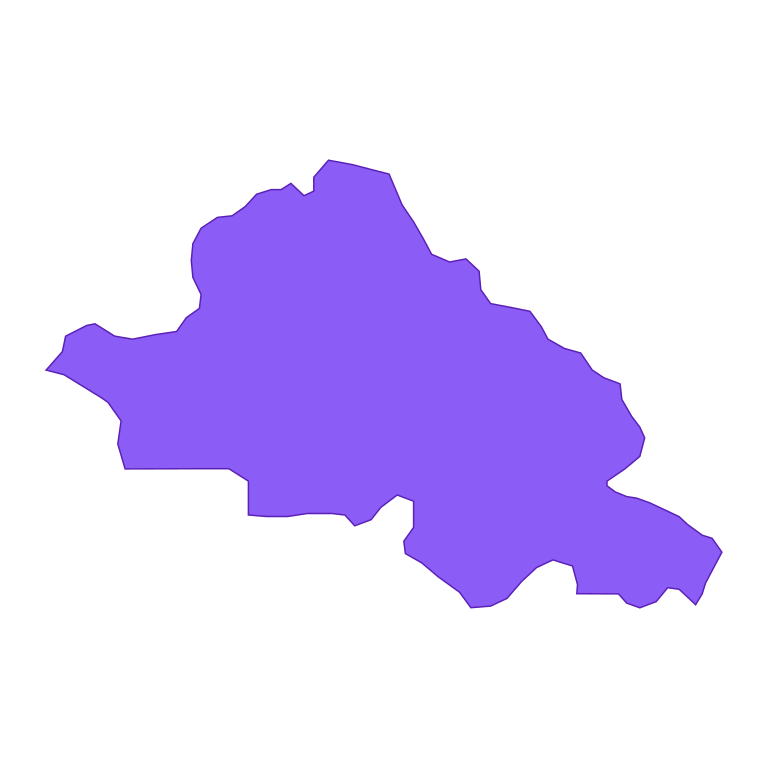 outline of Yecheon-gun, North Gyeongsang, South Korea, rotated 270°
{"feature_id": "91817680B75354784424725", "entity_name": "Yecheon-gun", "entity_type": "district", "adm_level": 2, "iso_a3": "KOR", "parent_name": "South Korea", "parent_adm1": "North Gyeongsang", "projection": "equal_earth", "projection_center": [128.413, 36.651], "detail": "fine", "context": "isolated", "style": "filled", "palette": "violet", "viewbox_px": 768, "rotation_deg": 270, "n_neighbors": 0, "source": "geoboundaries", "source_scale": "gbopen_adm2", "svg_char_len": 1545}
<svg xmlns="http://www.w3.org/2000/svg" viewBox="0 0 768 768"><g transform="rotate(270 384 384)"><path d="M299.1,125.1L299.3,196.2L299.3,207.6L299.3,215.8L299.3,228.8L286.9,248.4L271.5,248.4L253.0,248.4L251.5,266.4L251.5,287.7L254.5,307.3L254.5,331.8L253.0,344.9L242.2,354.7L248.3,371.1L260.7,380.9L273.0,397.2L266.8,413.6L240.6,413.6L226.7,403.8L214.4,405.4L205.1,421.8L191.2,438.2L175.8,459.5L160.3,470.9L161.9,490.6L169.6,507.0L186.6,521.7L200.4,536.5L208.1,552.9L202.0,572.5L183.4,577.5L174.3,576.8L174.1,618.5L164.9,626.7L160.2,639.8L166.4,656.2L180.3,667.7L178.7,679.2L163.3,695.6L174.1,702.2L184.9,705.5L203.4,715.3L215.8,721.9L229.7,712.1L232.8,702.2L243.6,687.4L251.3,679.2L265.2,649.7L269.9,636.5L271.4,626.7L276.1,615.2L282.2,607.0L286.9,607.0L299.2,625.0L311.6,639.8L330.1,644.7L340.9,639.8L351.7,631.6L368.7,621.8L384.1,620.1L390.3,603.7L398.0,592.2L415.0,580.7L419.6,564.3L428.9,547.9L441.2,541.4L456.7,529.9L459.7,515.2L464.4,490.6L478.3,480.8L496.8,479.1L509.1,466.0L506.0,449.6L513.7,431.6L529.1,423.4L546.1,413.6L563.1,402.1L593.9,389.1L598.5,371.1L603.2,353.1L607.8,328.5L590.8,313.8L584.6,313.8L576.9,313.8L572.3,304.0L584.6,290.9L578.4,281.1L578.4,271.3L573.8,256.6L561.4,245.2L552.2,232.1L550.6,217.4L539.8,201.1L524.4,192.9L507.4,191.3L490.5,192.9L473.5,201.1L459.6,199.4L450.4,186.4L436.5,176.6L433.4,155.4L428.8,132.5L431.9,114.6L444.2,95.0L442.6,86.8L431.8,65.6L416.4,62.4L397.9,46.1L393.3,64.0L370.2,101.5L365.6,108.0L347.1,121.1L324.0,117.8L299.1,125.1Z" fill="#8b5cf6" stroke="#5b21b6" stroke-width="1.5"/></g></svg>